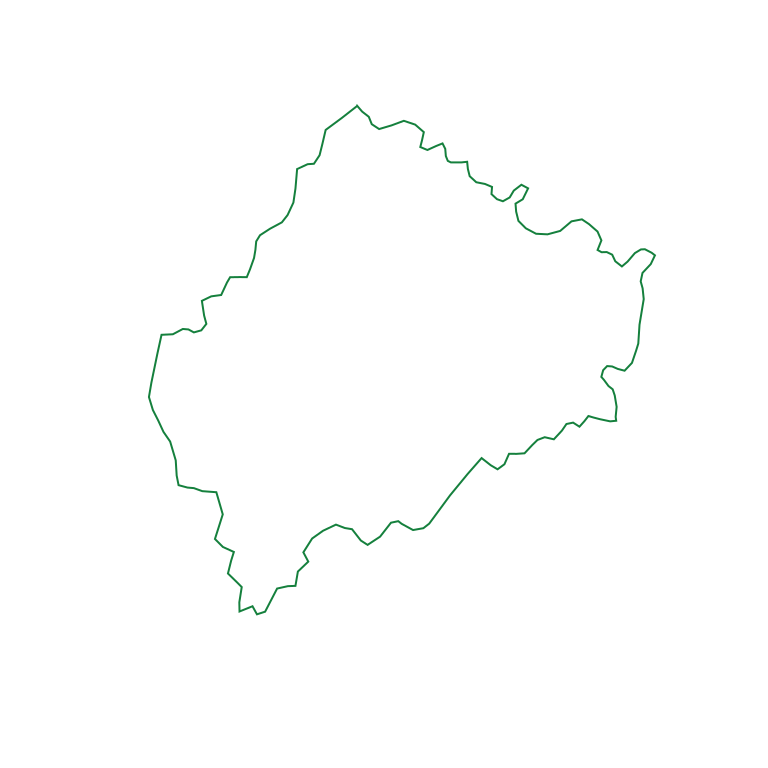 Ashmyany, Grodno, Belarus (Robinson projection), rotated 308°
{"feature_id": "67162791B18933715013959", "entity_name": "Ashmyany", "entity_type": "district", "adm_level": 2, "iso_a3": "BLR", "parent_name": "Belarus", "parent_adm1": "Grodno", "projection": "robinson", "projection_center": [25.945, 54.359], "detail": "fine", "context": "isolated", "style": "outline", "palette": "green", "viewbox_px": 768, "rotation_deg": 308, "n_neighbors": 0, "source": "geoboundaries", "source_scale": "gbopen_adm2", "svg_char_len": 2362}
<svg xmlns="http://www.w3.org/2000/svg" viewBox="0 0 768 768"><g transform="rotate(308 384 384)"><path d="M285.8,178.4L268.7,186.6L241.8,199.9L229.0,206.8L221.2,217.9L216.2,228.6L210.5,239.7L207.0,250.9L195.6,266.9L184.2,277.0L177.8,284.4L181.4,292.9L184.9,298.3L187.7,306.8L195.5,318.5L182.0,337.2L167.8,342.5L157.8,346.2L156.4,357.4L159.2,369.1L150.7,372.3L138.6,377.7L137.2,390.5L136.4,396.9L122.9,404.4L115.8,410.2L127.9,417.2L124.3,425.7L131.4,430.5L157.0,425.7L165.5,432.7L170.4,438.5L183.2,431.6L197.4,433.7L201.7,424.1L218.0,422.5L230.8,426.3L243.6,432.7L246.4,441.8L249.9,448.2L246.4,462.1L247.1,470.1L261.3,474.9L279.0,474.9L284.7,479.7L284.7,484.0L286.8,496.8L294.6,503.8L301.8,505.6L336.8,504.6L364.6,505.3L385.7,506.5L385.7,518.2L386.7,526.0L394.9,528.3L406.0,525.5L410.6,531.5L415.9,537.4L427.1,538.4L434.4,539.4L441.0,543.4L445.0,551.9L456.8,552.9L464.8,552.4L470.0,556.8L470.7,564.3L478.0,564.8L484.6,564.8L486.6,569.8L489.2,575.8L493.8,585.2L498.0,589.6L500.7,586.8L509.2,581.4L517.0,572.9L520.6,567.5L520.6,562.2L522.7,554.6L523.4,550.9L529.8,548.2L535.5,548.8L538.3,553.0L539.8,558.9L542.6,565.4L553.3,566.4L565.3,562.2L572.4,559.5L588.1,548.8L610.8,536.4L618.6,528.9L622.9,523.1L630.7,519.3L642.7,520.4L652.2,518.3L652.2,514.1L650.8,506.6L648.2,503.6L641.6,501.1L630.4,500.6L623.1,499.1L623.1,490.7L626.4,484.2L625.1,478.3L621.8,474.3L621.1,469.8L631.0,466.9L635.6,458.4L636.2,447.0L635.6,438.6L627.6,431.6L613.1,428.6L602.6,420.7L596.0,411.3L594.0,399.9L595.3,389.5L601.2,382.0L607.1,376.6L615.0,379.6L626.9,377.1L625.6,369.6L616.3,367.2L608.4,368.2L601.2,365.2L599.2,359.2L599.8,351.8L605.8,347.8L603.8,340.4L599.8,332.5L600.5,323.6L605.1,317.7L610.3,312.7L606.4,308.7L599.8,300.3L599.1,296.9L601.7,292.4L607.0,287.5L609.6,282.0L603.7,278.6L595.1,274.1L593.1,266.7L599.7,263.8L607.0,260.3L607.6,248.9L603.6,237.6L592.4,230.7L581.9,223.2L581.2,214.4L585.2,207.5L585.2,199.1L586.7,191.5L586.3,191.6L567.8,187.0L548.3,181.6L534.9,187.8L524.6,192.4L514.4,193.2L510.2,188.5L499.9,183.2L483.5,193.9L471.2,200.9L457.8,204.0L448.5,204.0L436.2,198.6L424.9,194.7L417.7,195.5L410.5,200.1L403.3,204.0L391.9,207.8L383.7,210.1L379.6,204.7L373.4,197.0L367.3,197.8L353.9,200.9L346.7,193.9L337.4,189.3L327.2,200.1L322.0,207.0L313.8,207.0L307.6,202.4L306.6,196.3L303.5,191.6L293.2,187.0L285.8,178.4Z" fill="none" stroke="#15803d" stroke-width="2"/></g></svg>